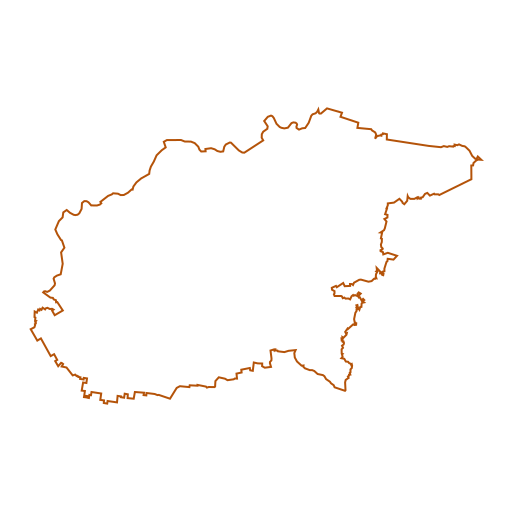 the district of Coatzintla, Veracruz, Mexico
{"feature_id": "50627088B29879698863808", "entity_name": "Coatzintla", "entity_type": "district", "adm_level": 2, "iso_a3": "MEX", "parent_name": "Mexico", "parent_adm1": "Veracruz", "projection": "orthographic", "projection_center": [-97.52, 20.428], "detail": "fine", "context": "isolated", "style": "outline", "palette": "amber", "viewbox_px": 512, "rotation_deg": 0, "n_neighbors": 0, "source": "geoboundaries", "source_scale": "gbopen_adm2", "svg_char_len": 6022}
<svg xmlns="http://www.w3.org/2000/svg" viewBox="0 0 512 512"><path d="M45.1,291.2L43.9,291.5L43.2,292.4L50.4,297.6L52.9,297.9L53.7,299.4L55.9,300.2L56.1,302.3L57.3,302.1L62.8,310.5L54.7,315.2L52.1,310.6L53.5,309.6L52.1,308.8L49.8,309.0L47.4,307.8L45.7,308.4L45.1,309.4L42.6,307.7L41.5,309.8L40.1,308.9L39.5,310.4L38.2,309.5L36.9,312.7L34.7,311.5L34.5,317.1L35.4,317.6L35.1,320.5L36.1,320.9L35.2,321.9L35.9,322.9L35.8,323.5L34.9,324.1L35.1,325.2L34.4,327.3L30.7,329.2L37.3,340.6L40.9,338.4L50.7,356.1L54.1,354.2L57.2,359.9L55.2,361.1L58.2,366.2L61.1,362.8L62.1,363.2L63.1,364.0L61.7,366.5L66.5,367.5L72.7,375.4L75.2,374.6L76.5,376.0L77.0,375.7L78.5,376.5L78.4,377.0L80.4,377.3L80.1,378.9L83.6,379.5L83.8,377.9L87.0,378.4L86.4,383.0L83.1,382.5L81.7,390.6L84.9,391.0L84.0,397.1L85.8,397.3L86.0,395.9L87.6,396.1L87.5,397.7L88.9,398.0L89.4,394.9L91.0,395.2L91.5,392.0L101.2,393.5L100.3,399.9L104.0,400.4L103.8,403.0L107.2,403.6L107.6,401.0L117.0,402.4L117.6,395.9L121.0,396.4L120.9,397.2L124.1,397.7L124.7,393.7L127.8,394.3L127.6,398.1L133.7,398.7L134.9,392.0L144.0,392.7L143.6,395.1L146.3,395.4L146.5,393.0L154.7,394.0L157.5,395.1L158.8,394.9L170.0,398.7L176.7,387.9L179.9,386.2L189.4,387.1L189.7,385.3L197.5,385.7L197.5,384.9L206.0,386.6L206.9,387.6L208.7,387.0L214.4,387.1L215.1,386.6L215.4,381.1L218.8,377.3L225.0,378.7L227.5,380.2L233.7,379.3L234.9,378.5L237.0,378.6L236.5,373.6L241.6,372.5L241.3,369.7L249.8,368.0L250.2,370.3L252.8,370.8L253.8,362.5L257.8,363.4L262.2,363.5L262.1,366.2L264.8,367.7L271.0,366.9L269.9,363.1L270.0,361.9L271.4,360.4L271.5,358.4L270.5,350.5L273.7,349.5L274.2,350.4L274.9,349.3L275.4,349.3L275.3,350.5L277.5,350.6L277.9,351.3L284.4,352.1L288.6,350.8L295.6,350.1L294.3,353.1L294.8,357.5L297.0,361.5L301.6,365.7L303.5,365.5L303.3,366.7L304.9,368.3L309.7,370.1L312.1,370.1L314.3,371.0L317.6,374.0L322.9,375.1L324.4,376.2L326.1,379.1L329.9,381.7L331.0,383.3L333.7,385.2L334.6,387.3L345.0,390.8L345.5,390.2L345.1,382.4L345.7,379.9L348.6,377.9L347.9,376.5L349.0,375.7L349.0,374.7L350.3,374.6L349.8,372.7L350.5,372.2L350.5,369.4L351.8,368.0L352.1,365.6L351.8,364.3L351.2,364.9L350.7,363.7L349.2,363.2L348.1,361.8L345.8,361.5L344.3,358.8L341.4,358.2L342.6,356.8L342.0,354.5L342.6,353.9L341.7,353.5L341.6,349.3L343.0,347.8L342.0,345.7L343.6,344.5L344.0,343.0L343.5,341.5L342.7,341.7L342.5,340.4L341.7,340.5L341.5,338.5L342.5,338.7L342.4,337.1L343.4,337.8L346.4,334.8L346.8,333.2L346.0,333.5L345.2,331.9L347.6,328.5L348.0,329.0L353.1,324.4L354.3,324.2L354.5,325.0L356.1,324.8L356.2,323.7L355.7,323.8L355.6,322.7L354.7,322.3L354.1,319.1L355.4,312.7L356.5,311.1L356.5,309.8L357.7,309.2L356.3,307.7L356.9,306.6L356.4,305.3L357.4,305.0L358.1,308.6L358.5,308.3L359.4,309.7L360.2,307.1L361.4,306.9L361.6,303.6L362.2,302.8L364.0,302.4L362.5,301.2L364.2,300.0L363.1,298.9L361.6,300.5L359.8,297.3L358.9,297.6L358.1,296.3L360.7,293.6L358.7,292.4L357.5,293.9L357.8,296.2L355.0,295.1L353.7,295.7L353.1,295.0L351.6,296.2L350.1,299.4L348.4,298.5L345.5,298.6L344.4,297.6L342.8,298.2L341.9,296.4L341.1,296.0L334.6,296.0L333.9,294.3L334.5,293.3L334.5,291.1L332.0,289.7L331.8,287.8L336.0,285.9L336.8,287.2L343.2,283.0L344.7,286.2L350.1,285.9L350.0,284.0L351.9,284.1L353.0,285.0L354.0,282.7L359.2,279.8L360.9,279.6L368.5,281.7L371.6,281.1L374.0,278.8L375.1,278.8L375.4,278.1L376.4,278.3L375.8,276.5L376.0,274.2L377.3,271.8L376.3,271.3L377.0,270.7L376.7,267.9L380.3,271.7L380.1,273.3L381.1,273.2L382.2,274.9L383.2,275.2L383.5,273.7L381.7,272.5L382.5,271.7L384.4,271.3L384.4,268.6L386.5,261.9L387.4,261.2L387.7,258.8L393.5,259.6L397.0,255.8L387.8,252.8L383.3,254.4L383.0,252.2L380.6,251.2L380.5,250.2L382.5,249.3L382.7,248.5L381.3,247.1L380.9,244.6L381.8,242.0L381.9,238.8L380.9,238.4L382.1,232.7L380.5,232.5L384.0,230.2L384.8,228.4L386.5,221.5L384.4,219.0L387.4,217.5L387.5,214.9L385.1,214.2L387.0,208.5L386.5,208.4L387.8,205.3L387.8,203.4L394.0,202.6L399.4,198.8L402.1,201.6L402.6,202.9L404.3,204.2L407.2,200.8L407.7,196.1L408.2,197.2L410.4,198.9L414.3,198.9L417.1,197.4L417.4,198.5L418.6,197.4L419.2,198.7L420.9,198.7L421.0,197.6L422.7,197.2L425.0,193.9L427.3,192.9L429.9,195.6L434.1,193.7L434.6,194.3L438.2,194.3L439.3,195.0L471.4,179.2L471.3,165.5L473.1,165.4L473.5,163.0L476.3,160.4L478.2,159.6L481.3,159.8L477.8,156.5L476.6,158.8L475.3,158.8L472.2,155.9L469.5,150.7L466.0,147.3L464.7,146.3L462.2,145.9L459.0,144.4L457.3,145.2L454.6,144.6L454.7,146.1L453.4,146.1L453.2,146.6L449.1,146.2L447.3,146.9L443.8,146.1L441.0,147.2L428.6,145.9L386.8,139.5L386.9,134.2L383.0,133.4L382.9,134.2L381.3,134.6L381.3,135.7L380.1,135.4L377.0,136.2L375.1,138.7L376.2,134.7L375.2,132.4L372.0,130.4L371.2,129.2L357.4,127.9L358.3,122.7L340.5,116.8L342.0,112.7L327.0,108.4L321.0,113.5L319.4,113.5L319.0,113.0L318.3,109.5L317.2,111.7L315.6,113.3L312.6,114.3L311.3,115.7L308.7,122.8L305.2,128.0L302.2,128.3L299.0,129.6L296.6,128.0L296.4,126.7L297.1,124.6L296.7,123.6L295.6,122.7L293.4,122.4L291.5,123.1L287.9,127.7L284.3,128.4L281.4,127.8L279.7,127.0L276.5,123.8L273.8,118.0L272.4,116.2L271.0,115.6L267.8,116.8L264.2,121.0L267.7,126.3L267.3,128.8L263.2,131.7L261.8,134.2L261.7,137.7L263.2,140.4L244.3,152.7L242.2,152.5L238.8,150.4L231.0,142.7L229.8,142.5L225.8,144.5L224.3,146.7L223.2,151.4L220.4,151.8L217.3,151.0L214.7,149.3L211.1,148.2L205.4,149.0L205.6,151.3L201.2,151.5L199.4,149.6L198.3,146.7L194.7,143.1L190.9,141.6L184.7,141.5L181.0,140.0L166.8,140.1L163.8,141.8L165.7,147.4L161.8,150.2L156.6,155.3L153.8,161.6L150.9,166.6L149.6,170.5L149.2,173.9L141.2,178.4L136.4,182.4L133.4,186.5L132.6,189.6L131.7,189.4L128.0,192.7L123.8,195.0L120.7,195.1L118.0,193.7L113.1,193.3L111.8,194.4L108.1,195.9L100.4,201.9L101.3,203.3L99.8,204.6L96.9,205.5L91.2,205.4L88.5,202.3L86.6,201.2L84.3,201.1L82.0,203.0L81.6,208.9L79.3,213.3L77.6,214.7L75.4,215.1L73.7,214.8L70.0,212.8L66.7,210.0L63.3,212.4L62.6,217.4L58.9,221.1L55.3,229.5L57.4,234.3L61.0,240.0L61.9,240.4L64.4,247.7L61.1,252.4L62.7,263.8L60.7,274.3L56.9,275.6L54.3,277.3L53.6,278.7L55.0,283.4L54.6,285.3L49.8,290.6L47.2,291.9L45.1,291.2Z" fill="none" stroke="#b45309" stroke-width="2"/></svg>